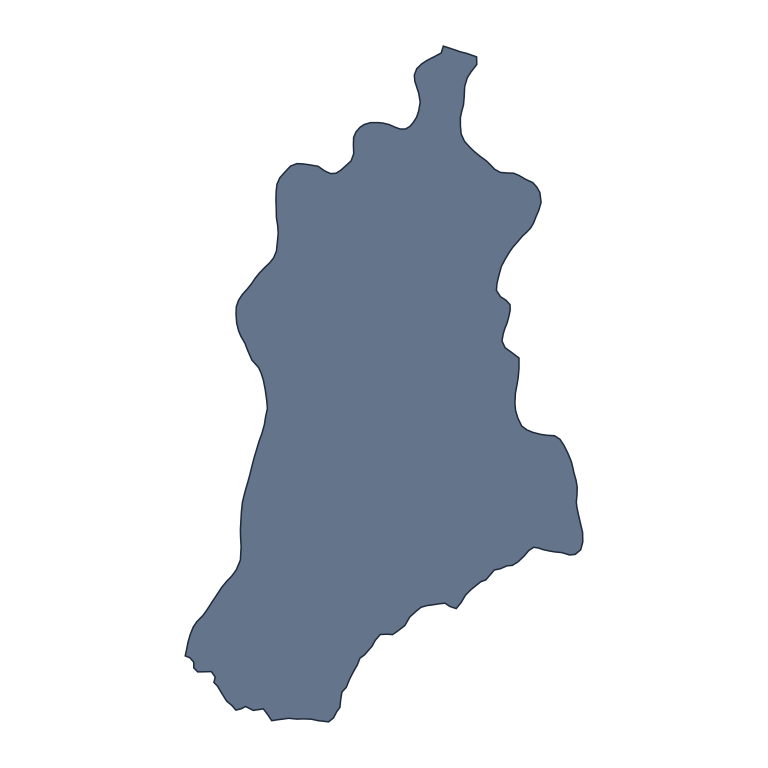 the district of Pirapora, Minas Gerais, Brazil
{"feature_id": "56859067B69954433860239", "entity_name": "Pirapora", "entity_type": "district", "adm_level": 2, "iso_a3": "BRA", "parent_name": "Brazil", "parent_adm1": "Minas Gerais", "projection": "natural_earth1", "projection_center": [-44.864, -17.379], "detail": "fine", "context": "isolated", "style": "filled", "palette": "slate", "viewbox_px": 768, "rotation_deg": 0, "n_neighbors": 0, "source": "geoboundaries", "source_scale": "gbopen_adm2", "svg_char_len": 3353}
<svg xmlns="http://www.w3.org/2000/svg" viewBox="0 0 768 768"><path d="M185.2,655.9L189.8,657.7L193.8,662.3L193.8,667.9L197.7,671.9L204.1,671.8L211.3,671.6L215.2,677.0L213.9,682.5L217.4,686.0L221.5,692.9L226.6,701.1L232.2,705.8L235.8,710.1L241.0,708.9L245.5,706.5L253.2,710.4L263.4,708.9L268.1,715.2L271.7,720.7L278.0,719.7L282.9,719.1L288.5,718.3L297.0,719.1L303.8,718.9L311.5,719.2L318.2,720.7L323.1,721.2L328.6,721.9L333.5,717.9L336.8,711.6L339.9,707.4L340.7,699.8L341.9,692.1L346.3,687.3L349.6,679.1L353.5,671.6L357.2,665.2L360.0,658.1L364.4,655.0L368.3,650.5L372.1,646.2L375.2,640.4L380.3,634.5L387.1,634.2L392.6,634.6L397.9,630.9L404.9,625.5L409.7,617.1L415.6,611.7L421.0,607.3L426.9,605.6L431.7,605.0L439.1,603.8L445.0,603.2L449.9,606.5L456.2,608.6L461.1,602.6L465.6,595.0L470.8,589.8L476.7,585.0L480.8,581.7L485.7,580.0L490.5,574.5L494.3,570.0L500.2,568.8L507.1,565.8L512.3,565.4L518.2,561.7L524.0,556.2L528.8,550.5L533.7,547.3L538.4,548.0L543.0,549.6L549.4,551.0L554.7,551.9L561.9,552.6L569.6,555.0L575.2,554.4L580.7,549.8L582.8,541.9L582.6,532.4L580.4,523.0L578.3,514.0L577.0,507.9L576.3,502.1L577.0,494.8L577.2,487.2L576.0,480.0L573.9,472.7L572.7,467.0L571.3,461.5L567.7,452.8L564.1,445.6L560.0,439.3L554.5,435.7L547.3,435.3L540.9,434.4L532.9,432.4L526.9,429.9L521.7,426.0L517.9,418.2L515.6,410.6L514.9,403.2L515.4,393.4L516.9,385.3L518.2,377.5L519.0,368.2L519.0,358.0L511.7,352.5L505.1,347.7L502.0,341.0L503.1,334.4L504.8,328.6L506.9,323.6L508.7,317.2L510.2,310.1L510.0,304.6L506.1,300.3L500.5,296.7L496.4,290.4L497.0,283.4L499.0,275.0L501.4,266.3L505.1,259.4L509.0,252.8L512.8,247.3L518.2,241.1L522.8,235.7L526.6,232.3L530.8,227.8L533.6,223.0L535.8,217.2L538.9,210.0L541.1,202.4L539.9,192.6L536.8,187.1L532.8,182.6L525.6,179.3L518.7,175.3L513.6,173.2L507.2,173.0L500.3,172.4L494.7,169.3L490.1,164.5L486.4,160.9L480.1,156.3L474.0,151.3L469.3,146.7L464.5,141.3L461.2,134.1L460.4,125.6L460.4,117.6L461.7,111.5L463.5,104.9L464.2,97.0L464.7,86.5L467.3,77.7L471.1,71.8L476.8,64.5L476.6,56.9L466.8,53.4L460.3,51.8L449.9,48.2L443.3,46.1L441.2,53.0L433.8,56.9L426.8,60.5L421.7,63.9L416.8,68.6L414.3,75.1L414.8,81.1L416.6,86.8L418.6,92.8L420.2,102.1L418.7,110.9L416.6,117.2L413.3,122.4L410.0,126.3L405.6,129.0L400.2,129.0L395.6,127.4L388.9,124.5L382.6,123.0L377.8,122.6L370.6,122.6L364.2,124.5L360.1,127.2L356.0,131.9L353.6,137.4L353.4,144.7L353.7,153.7L351.1,160.9L346.5,165.1L340.7,170.3L336.1,173.2L330.7,173.6L325.0,171.1L318.1,166.3L309.5,164.8L303.1,163.9L296.9,163.6L290.5,166.1L284.4,172.6L279.8,177.8L277.0,184.1L276.2,190.9L275.9,200.3L276.2,207.3L276.4,217.5L277.7,225.7L278.2,233.5L277.2,243.8L276.4,251.3L273.6,257.8L270.1,262.4L264.7,267.5L259.5,272.9L255.2,278.2L251.9,283.2L247.3,289.0L242.4,294.4L238.6,300.1L236.3,306.7L236.0,314.2L236.7,323.2L238.6,330.8L240.9,336.3L245.0,343.4L247.5,350.0L251.9,360.1L258.6,367.6L261.1,373.0L263.3,379.9L265.2,389.6L266.7,400.1L267.4,408.5L265.7,416.1L264.4,424.5L261.9,433.5L259.1,441.1L257.3,447.1L255.7,452.5L253.9,458.5L252.1,465.5L249.8,474.8L247.8,482.1L245.7,489.2L244.0,495.6L242.4,502.3L241.4,511.9L240.4,529.6L240.6,537.8L241.1,546.8L240.4,560.0L236.3,569.8L231.8,576.0L227.1,580.8L221.7,587.3L217.3,594.1L212.6,601.1L209.2,606.4L206.2,611.0L202.8,615.6L196.7,621.8L193.1,627.3L190.2,634.6L187.9,642.6L186.7,649.0L185.2,655.9Z" fill="#64748b" stroke="#1e293b" stroke-width="1.5"/></svg>